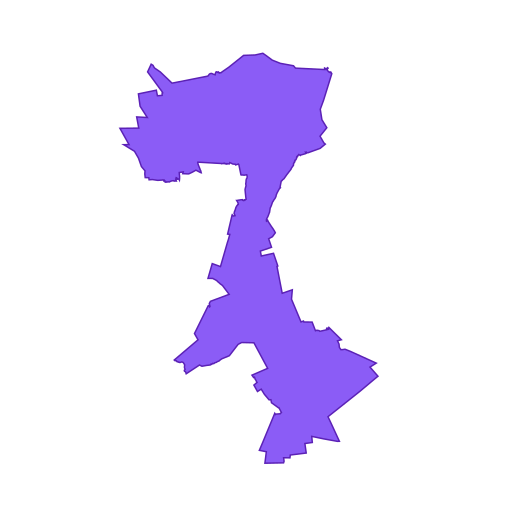 outline of San Luis Potosí, San Luis Potosí, Mexico, rotated 169°
{"feature_id": "50627088B2244666711927", "entity_name": "San Luis Potosí", "entity_type": "district", "adm_level": 2, "iso_a3": "MEX", "parent_name": "Mexico", "parent_adm1": "San Luis Potosí", "projection": "robinson", "projection_center": [-100.954, 22.309], "detail": "fine", "context": "isolated", "style": "filled", "palette": "violet", "viewbox_px": 512, "rotation_deg": 169, "n_neighbors": 0, "source": "geoboundaries", "source_scale": "gbopen_adm2", "svg_char_len": 5989}
<svg xmlns="http://www.w3.org/2000/svg" viewBox="0 0 512 512"><g transform="rotate(169 256 256)"><path d="M261.2,51.4L260.3,54.1L244.3,53.0L243.9,60.5L243.8,62.6L236.3,62.2L235.7,68.3L224.5,63.6L211.4,58.5L209.5,58.2L214.1,77.0L216.0,84.5L179.7,103.4L163.3,112.5L159.2,114.7L165.3,125.2L158.4,127.9L181.6,144.4L186.4,147.5L189.0,147.6L190.6,147.9L191.6,150.4L191.3,153.7L192.2,157.2L188.2,157.5L198.1,172.0L198.7,171.2L198.7,170.2L199.8,170.2L199.4,171.5L199.9,171.6L200.0,171.2L200.2,171.3L200.2,171.0L200.6,171.1L200.8,170.7L200.7,170.3L200.8,170.1L207.7,169.9L208.3,170.7L209.8,171.3L210.1,171.2L210.4,171.5L211.9,171.3L213.5,180.4L221.6,182.1L221.8,183.1L224.4,182.7L229.4,206.8L226.8,215.9L237.4,214.4L237.4,241.8L236.5,242.0L238.3,255.3L250.8,255.0L250.8,260.0L239.1,261.6L240.2,269.9L240.3,270.5L236.2,271.8L232.6,275.1L233.1,276.9L233.5,277.9L233.8,278.8L235.4,282.4L237.3,287.1L237.8,288.9L238.9,288.1L239.1,288.4L238.7,290.0L238.3,290.7L237.7,291.3L236.5,292.9L235.4,294.7L234.9,295.6L234.4,296.2L232.9,300.4L231.9,301.7L231.0,303.1L229.6,305.6L229.3,305.9L228.3,306.9L227.6,307.8L226.4,308.8L225.1,310.5L224.4,312.2L223.1,314.1L220.2,317.6L219.1,318.3L219.4,318.6L217.0,324.6L216.8,324.7L216.5,324.8L216.4,325.0L215.9,325.2L215.7,325.5L215.4,325.7L213.8,326.5L210.2,330.0L208.9,331.1L207.7,332.2L205.7,333.9L204.9,334.7L204.7,335.2L202.9,337.0L202.5,337.4L202.3,337.5L202.1,337.6L201.8,338.2L201.6,339.4L201.1,339.9L200.8,340.4L200.7,340.3L200.2,340.8L200.3,341.0L199.8,341.4L199.6,341.9L199.6,342.5L198.9,342.6L198.6,342.8L197.9,343.6L197.6,344.1L197.5,344.3L197.5,344.5L197.3,344.7L197.3,345.0L197.2,345.5L196.8,345.9L196.5,346.0L196.4,346.1L196.2,345.8L194.9,347.3L194.6,347.5L193.3,346.2L192.6,346.7L192.4,346.6L187.9,347.0L187.2,347.2L187.5,348.2L187.3,348.1L187.0,348.3L186.9,348.4L186.4,347.7L186.3,347.8L185.9,347.9L186.0,347.9L185.9,347.6L185.6,347.5L185.4,347.4L172.5,349.4L166.6,352.6L167.8,354.1L170.3,361.4L162.0,368.4L165.3,377.2L164.9,387.8L160.0,395.9L146.8,420.5L147.0,421.0L147.4,422.1L147.9,421.8L148.3,422.6L148.9,422.3L149.6,423.1L150.9,425.3L151.2,425.0L149.4,426.6L149.8,427.2L151.6,426.1L151.8,426.2L152.5,426.5L152.3,427.0L152.8,427.4L152.9,427.0L152.9,425.9L181.4,432.9L182.9,435.6L195.4,440.5L202.7,445.2L207.6,450.6L210.6,453.7L218.5,453.5L229.9,455.3L246.7,446.5L254.9,442.9L255.2,442.6L255.9,442.6L256.2,442.7L256.6,442.9L257.0,442.6L257.3,442.7L257.5,443.0L257.9,443.9L258.7,443.6L259.3,444.3L260.1,444.3L261.0,443.1L261.5,441.7L262.9,442.4L264.0,443.2L264.7,443.7L266.1,443.8L267.1,443.4L268.9,441.8L302.5,441.7L304.9,441.7L305.6,441.9L314.8,454.9L319.6,459.8L319.8,460.1L320.4,461.7L320.6,462.6L320.8,462.9L322.3,464.3L327.3,457.4L318.6,438.9L316.8,435.2L316.5,434.0L317.0,433.9L317.5,431.6L322.2,432.1L322.2,437.8L340.5,437.6L341.2,425.1L336.3,412.7L346.6,415.3L346.7,403.9L365.2,407.3L359.4,389.6L364.6,390.5L355.3,382.0L352.7,374.5L351.4,365.6L348.7,360.8L349.5,357.8L349.8,354.1L346.3,353.3L346.4,351.2L343.1,350.8L338.0,349.0L333.3,348.4L333.0,348.4L332.8,348.5L332.5,348.2L332.2,347.8L332.2,347.2L331.9,347.1L331.6,347.1L331.8,348.1L331.7,348.1L331.6,347.7L331.4,347.7L331.2,347.4L331.2,347.1L331.1,346.9L331.2,346.1L331.0,345.8L330.3,345.7L330.4,345.9L329.3,345.8L328.3,345.5L327.5,345.5L327.2,345.3L326.7,345.2L326.5,345.4L326.0,345.5L325.8,345.6L324.2,345.8L323.8,345.8L323.2,345.7L322.7,345.5L322.8,345.7L322.6,345.7L321.9,345.3L319.9,344.8L320.2,346.5L319.6,346.5L319.6,347.1L319.7,347.3L319.7,347.7L319.5,347.8L319.4,347.7L319.3,348.1L319.1,348.0L319.2,347.8L318.4,347.0L318.5,346.4L318.2,346.3L318.0,346.5L317.3,346.4L316.9,345.7L316.7,345.1L316.3,346.4L315.8,348.7L315.7,349.9L315.7,350.6L315.4,352.6L311.4,352.4L312.2,350.8L306.8,349.5L306.1,349.5L302.6,350.4L298.6,351.7L294.9,348.8L294.5,348.5L293.9,348.2L294.0,350.4L294.4,351.4L294.4,352.1L295.2,356.2L295.4,358.1L295.4,358.7L295.2,358.8L295.1,359.2L271.9,353.3L271.9,353.1L269.6,353.2L269.6,352.7L269.1,352.7L268.1,352.5L268.1,352.2L267.0,352.2L267.0,351.8L266.0,351.9L264.7,351.5L263.9,352.7L261.2,350.7L258.8,350.0L258.7,349.8L258.6,349.3L255.7,349.6L255.4,348.8L255.3,338.5L255.0,338.3L253.8,338.1L252.2,337.6L249.6,337.5L249.5,336.4L249.5,335.5L249.8,334.7L250.0,334.3L250.1,334.1L250.8,333.4L251.3,332.2L251.8,330.2L252.3,328.9L252.4,326.8L253.5,324.7L254.1,323.2L254.2,322.2L254.4,320.2L254.7,316.6L254.8,316.1L254.8,314.1L254.9,313.6L256.4,313.4L256.4,312.8L257.1,312.8L257.0,313.0L258.4,313.2L258.4,313.8L258.5,313.9L260.5,314.1L261.8,314.1L263.0,314.2L263.8,314.1L264.4,314.2L263.7,312.3L263.5,311.4L263.6,310.0L264.2,309.9L264.6,309.3L265.0,309.2L266.4,307.6L266.6,307.2L268.2,304.2L268.4,304.2L268.6,303.8L269.1,302.8L269.2,302.2L269.4,302.0L269.2,301.2L268.9,299.6L270.7,299.6L271.5,301.0L271.7,300.7L279.7,282.9L277.6,282.2L280.1,277.2L281.5,274.7L292.9,252.4L300.4,256.9L307.4,243.2L302.6,242.2L302.4,241.9L300.3,240.3L299.0,239.0L298.3,237.9L297.3,236.7L296.5,235.6L295.9,234.9L295.3,234.4L294.3,233.0L289.7,223.5L309.4,220.2L310.9,218.3L310.8,215.2L311.2,214.9L311.6,216.4L312.4,216.3L331.2,191.6L328.9,184.8L356.1,169.5L355.4,168.6L355.1,168.7L354.9,168.8L354.1,168.3L353.9,167.5L352.9,167.1L352.6,166.6L352.0,166.6L351.0,165.9L349.1,166.2L347.8,165.4L347.2,164.0L346.8,162.7L347.5,160.5L347.5,159.7L347.2,158.3L348.2,157.5L348.2,156.6L347.2,155.6L347.0,153.7L333.4,159.3L332.3,159.8L330.1,158.1L325.1,158.0L322.3,157.8L321.4,157.8L321.1,158.1L320.7,158.1L320.7,158.5L319.2,158.4L319.0,158.8L318.2,158.5L317.7,158.5L317.1,159.0L315.1,159.2L314.1,159.7L312.3,160.0L311.0,160.8L309.2,161.6L301.2,163.2L290.4,172.7L286.6,173.8L274.6,171.2L266.0,143.5L282.7,139.8L281.5,137.1L280.6,137.3L280.3,135.1L279.6,133.6L279.6,133.0L279.1,131.7L282.7,129.7L280.4,122.7L276.3,124.3L274.1,118.5L270.6,112.3L268.8,112.1L268.8,109.0L262.6,102.4L262.4,102.5L260.9,97.5L262.2,96.8L262.4,96.5L266.5,97.0L267.1,96.7L267.6,98.0L285.2,71.4L289.8,64.6L283.2,61.9L286.8,50.9L268.4,47.7L267.6,49.2L267.4,52.7L261.2,51.4Z" fill="#8b5cf6" stroke="#5b21b6" stroke-width="1.5"/></g></svg>